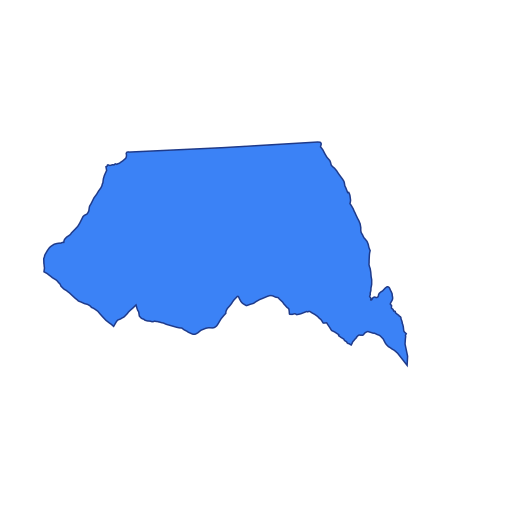 the district of Cuìtiva, Boyacá, Colombia, rotated 209°
{"feature_id": "7082276B99852494117570", "entity_name": "Cuìtiva", "entity_type": "district", "adm_level": 2, "iso_a3": "COL", "parent_name": "Colombia", "parent_adm1": "Boyacá", "projection": "natural_earth1", "projection_center": [-72.954, 5.587], "detail": "fine", "context": "isolated", "style": "filled", "palette": "blue", "viewbox_px": 512, "rotation_deg": 209, "n_neighbors": 0, "source": "geoboundaries", "source_scale": "gbopen_adm2", "svg_char_len": 6145}
<svg xmlns="http://www.w3.org/2000/svg" viewBox="0 0 512 512"><g transform="rotate(209 256 256)"><path d="M440.4,150.9L440.0,150.1L439.6,149.5L438.0,146.8L437.3,145.9L436.0,144.0L435.2,143.0L433.8,139.4L430.0,139.4L428.5,139.1L425.5,138.7L423.6,138.3L420.5,138.2L418.8,138.1L416.8,137.5L415.8,136.9L414.5,136.8L413.3,136.1L412.7,135.7L411.9,135.0L411.6,134.9L410.7,134.7L408.3,134.0L407.3,133.9L405.1,133.9L403.6,133.6L401.3,133.3L397.4,132.3L393.8,131.4L390.7,130.9L389.9,130.6L388.8,130.6L386.9,130.9L383.0,131.2L381.4,131.6L379.9,132.0L377.7,132.0L376.8,131.9L375.9,131.7L375.2,131.3L374.7,131.3L372.8,131.5L371.3,131.4L367.6,131.0L364.5,129.8L361.1,128.6L356.1,127.0L351.6,126.3L349.5,126.1L346.4,125.4L346.3,130.3L346.1,132.1L345.7,133.2L344.0,135.2L343.0,137.0L342.1,138.3L341.7,139.2L340.6,143.3L340.4,145.1L339.6,147.7L338.4,151.0L337.2,155.0L334.6,152.4L333.1,151.1L332.1,150.6L331.4,150.1L328.9,146.9L326.9,146.2L326.1,146.0L324.8,146.0L323.6,146.3L322.1,146.0L320.6,146.3L319.4,146.6L317.0,147.7L315.1,148.1L314.6,148.4L314.0,148.8L313.6,149.3L313.2,149.8L311.7,150.3L309.8,151.1L308.9,151.2L308.3,151.5L306.6,151.8L304.4,152.5L301.7,152.7L300.3,153.0L298.6,153.4L290.8,155.2L288.2,156.0L286.0,157.0L283.2,156.6L279.8,156.7L278.4,156.5L273.7,156.9L272.6,157.3L271.3,158.1L270.5,159.2L269.6,160.7L268.3,164.0L267.9,164.7L264.8,168.5L262.9,170.1L261.9,170.7L259.2,172.0L258.3,172.7L257.8,173.2L257.4,173.8L256.6,175.6L256.4,176.9L256.3,178.3L256.2,181.9L256.1,184.2L255.3,188.4L254.6,191.2L255.3,192.5L255.6,194.4L255.6,195.4L255.6,196.3L254.8,199.8L254.4,202.2L254.3,203.2L254.3,204.4L253.9,207.2L252.8,211.3L252.7,211.6L252.3,211.9L251.9,212.0L251.1,211.6L249.7,210.5L247.3,209.0L246.4,208.6L245.6,208.3L244.7,208.1L243.8,208.0L240.8,207.9L240.3,208.0L239.4,208.9L237.8,210.8L235.5,213.1L234.8,214.1L234.1,215.7L231.7,219.7L230.1,221.6L226.5,226.2L225.3,227.5L224.8,228.0L224.2,228.4L222.9,229.0L221.7,229.3L219.0,229.5L217.2,230.1L216.4,230.3L215.9,230.2L215.1,229.8L210.4,228.6L208.0,227.4L206.9,227.1L204.1,226.1L202.4,225.9L201.6,225.6L200.4,224.1L198.8,221.7L198.5,221.4L198.2,221.4L196.0,222.5L194.5,224.0L194.1,224.3L193.4,224.5L192.0,224.4L190.1,226.0L188.8,227.2L184.8,232.0L183.7,232.2L183.5,232.4L183.1,233.0L182.7,233.3L182.2,233.5L181.5,233.6L181.0,233.6L180.4,233.4L176.2,233.4L172.8,233.0L170.0,232.1L169.7,232.2L168.4,231.9L166.8,231.1L164.9,230.0L164.6,230.0L164.0,230.3L163.5,230.7L161.8,231.8L159.8,230.7L157.4,229.5L154.0,227.6L153.6,227.5L150.6,227.7L145.4,227.3L145.2,226.8L145.2,226.5L144.9,226.3L143.4,226.2L142.1,226.0L139.0,225.9L137.6,225.0L135.2,224.9L134.1,224.2L132.9,224.1L132.0,224.5L130.6,224.3L129.6,224.3L129.6,226.0L129.8,227.5L129.7,228.4L129.4,229.5L129.2,230.9L128.5,233.4L128.7,233.7L128.7,234.0L128.2,235.7L127.5,236.9L126.2,237.4L125.6,237.8L124.8,238.1L124.5,238.3L124.1,238.7L123.8,239.4L123.7,240.4L123.4,241.6L122.8,242.7L122.1,243.7L121.8,244.0L120.9,244.4L120.4,244.4L118.7,244.8L116.1,245.3L115.0,245.9L111.8,246.1L110.2,246.4L109.3,246.4L108.4,246.3L104.5,245.1L103.6,244.5L102.2,243.5L100.1,242.2L98.6,241.6L96.2,240.9L94.2,240.9L92.2,240.6L89.8,240.6L87.3,240.2L86.5,239.9L85.2,239.7L70.8,233.6L74.8,241.8L83.0,251.3L85.2,256.0L86.0,258.0L86.9,259.2L86.9,260.9L89.1,261.4L90.3,262.0L91.0,262.9L93.0,265.7L94.7,267.5L95.4,267.9L95.9,268.8L97.0,269.9L98.2,270.9L99.0,271.7L99.5,272.5L100.3,272.9L100.9,272.9L101.8,273.0L102.2,273.3L104.7,273.6L106.0,273.9L106.8,274.2L107.3,275.0L108.1,275.0L108.9,274.6L110.2,275.7L111.1,275.9L111.7,275.9L112.3,276.1L113.5,278.5L114.1,278.7L114.6,278.7L115.1,278.9L115.5,279.8L115.5,283.5L115.7,284.5L116.0,285.3L116.7,286.4L117.3,287.0L118.7,289.0L120.6,290.5L121.5,291.0L123.3,292.4L124.1,292.9L125.0,293.1L125.8,293.0L126.4,292.7L126.8,291.9L127.4,290.7L128.3,287.1L128.5,286.6L129.3,285.3L130.1,283.1L130.1,282.1L130.0,281.4L129.6,280.4L129.5,279.9L129.6,279.3L129.8,278.8L130.2,278.3L130.7,277.9L131.1,277.8L132.1,277.7L132.4,277.6L133.1,276.9L133.5,276.1L133.6,273.8L133.8,273.5L134.1,273.2L134.4,273.2L134.5,273.4L134.7,274.2L135.1,274.8L135.5,275.0L136.5,275.4L137.1,275.8L137.3,277.4L137.5,277.9L138.1,278.8L138.3,279.5L138.8,281.5L140.0,283.9L140.4,285.3L141.1,287.3L143.3,291.3L145.4,293.9L147.8,297.5L150.0,300.3L151.8,301.9L153.1,303.4L154.0,305.3L155.0,307.1L157.4,312.0L158.1,313.7L158.5,315.0L158.7,315.8L158.8,316.1L159.0,316.3L159.3,316.4L161.5,318.3L163.6,320.7L166.0,322.6L169.2,323.9L170.0,324.1L170.6,324.4L172.0,325.3L172.7,325.9L175.4,327.5L176.8,329.2L178.1,331.6L180.1,334.1L180.8,334.9L181.3,335.2L183.1,336.7L185.2,338.0L188.7,340.5L190.1,341.6L191.9,342.8L193.9,344.4L196.4,345.9L197.8,346.7L199.2,347.3L199.6,348.8L200.3,350.6L202.9,354.1L203.3,354.6L204.6,355.8L205.8,356.6L206.5,355.9L206.8,356.1L210.8,359.4L212.2,360.3L212.7,360.9L214.2,362.8L215.3,363.9L217.4,365.1L222.9,367.6L225.3,368.8L226.7,369.6L230.1,370.9L231.0,371.0L231.9,371.2L234.0,371.8L234.8,372.5L236.4,374.2L237.8,375.3L241.8,376.7L245.2,378.7L247.9,380.5L249.1,381.3L251.1,382.2L252.5,382.7L253.1,385.2L253.6,386.0L254.2,386.4L254.8,386.6L255.5,386.4L257.3,385.6L337.0,335.0L417.3,285.4L418.2,285.1L419.2,284.2L419.3,283.4L419.2,282.7L418.2,281.5L417.8,280.6L417.5,279.8L417.3,278.7L417.4,278.1L418.7,274.5L420.0,272.0L420.3,271.1L420.9,270.4L421.6,269.7L422.2,268.7L423.0,268.6L423.4,268.5L423.8,268.3L424.4,266.8L425.3,266.5L425.9,266.1L427.2,264.7L428.3,264.1L428.9,264.1L429.5,264.0L429.8,263.8L430.0,263.6L429.8,262.5L429.9,262.1L430.5,261.3L428.1,258.4L427.8,254.3L427.6,252.6L426.9,249.5L426.2,247.7L425.4,245.8L425.3,244.2L424.9,243.2L424.8,242.2L424.7,240.6L425.2,236.5L425.3,232.8L425.9,228.3L425.7,224.1L425.6,221.7L425.7,219.1L425.5,218.1L424.1,214.4L424.0,212.6L424.1,211.3L424.3,210.5L425.8,208.4L426.4,206.7L426.1,199.4L426.2,196.4L426.3,195.3L427.4,191.0L428.6,186.7L428.7,185.3L428.9,184.5L429.3,183.6L430.8,180.7L431.3,178.7L431.5,177.6L431.2,175.9L430.7,174.7L431.9,174.0L432.7,173.0L432.9,172.6L434.4,171.8L436.2,170.4L438.1,168.6L438.5,168.0L440.0,165.1L440.4,164.1L440.7,163.1L440.9,161.4L441.1,159.7L441.2,154.9L441.0,153.7L440.6,152.6L440.5,151.5L440.4,150.9Z" fill="#3b82f6" stroke="#1e3a8a" stroke-width="1.5"/></g></svg>